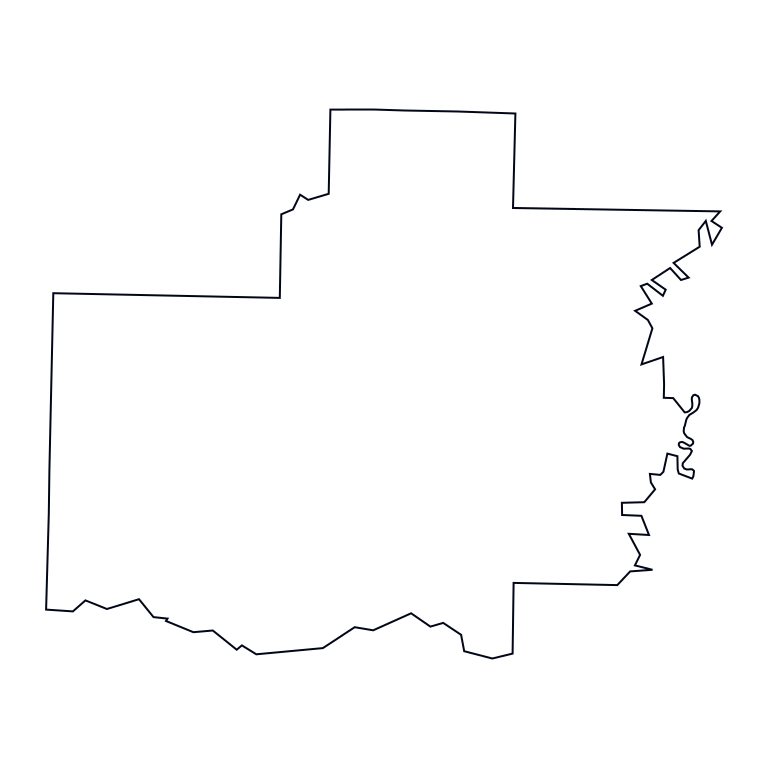 the district of White, Arkansas, United States of America
{"feature_id": "52423323B98282084999585", "entity_name": "White", "entity_type": "district", "adm_level": 2, "iso_a3": "USA", "parent_name": "United States of America", "parent_adm1": "Arkansas", "projection": "mercator", "projection_center": [-91.529, 35.277], "detail": "fine", "context": "isolated", "style": "outline", "palette": "ink", "viewbox_px": 768, "rotation_deg": 0, "n_neighbors": 0, "source": "geoboundaries", "source_scale": "gbopen_adm2", "svg_char_len": 1752}
<svg xmlns="http://www.w3.org/2000/svg" viewBox="0 0 768 768"><path d="M46.1,609.6L72.9,611.4L85.4,600.4L106.9,609.0L139.0,599.2L153.5,617.1L167.5,618.6L166.0,621.0L193.4,632.2L212.8,630.5L236.7,649.7L241.9,645.4L256.3,654.3L322.9,648.1L354.7,627.2L373.2,630.3L411.1,613.3L430.4,626.6L443.2,622.9L461.1,634.8L464.2,651.2L492.3,658.5L512.6,653.6L513.6,582.9L617.3,585.1L630.2,571.4L652.5,569.8L634.9,565.4L640.1,554.9L628.8,533.8L649.0,535.0L641.4,515.8L622.1,515.0L621.9,502.8L644.3,502.2L655.1,489.3L650.9,482.5L649.9,473.9L660.3,474.9L663.4,471.8L667.4,453.6L677.4,456.2L677.7,469.6L678.8,473.5L692.2,478.6L693.4,476.2L694.0,471.3L693.8,470.6L691.9,469.2L686.9,469.5L684.2,468.5L682.5,465.7L682.8,463.2L690.1,454.7L691.9,451.0L690.4,449.0L689.0,448.5L683.7,448.7L680.0,447.1L678.8,445.0L678.9,443.3L680.0,442.3L682.2,441.9L684.4,442.9L689.4,445.8L690.7,445.7L693.1,443.5L693.2,441.7L692.4,440.0L690.8,438.9L687.1,437.1L684.3,433.5L683.7,431.4L684.0,427.6L684.9,425.6L686.3,419.7L687.2,417.8L689.4,414.9L693.1,412.7L696.5,410.1L698.1,407.7L699.4,403.2L699.4,399.9L699.0,397.9L697.9,396.1L695.0,394.7L693.4,395.2L691.9,397.4L691.8,399.5L692.3,403.3L692.3,406.1L691.8,408.1L689.2,411.0L687.0,412.1L684.7,412.4L673.2,398.1L663.8,397.8L664.1,384.3L663.1,357.0L641.5,364.4L652.4,328.3L647.9,320.0L635.1,310.8L651.8,303.6L640.8,286.1L647.2,283.7L662.9,295.8L665.7,289.7L651.8,280.0L670.1,268.0L681.0,280.0L688.6,277.6L673.6,262.9L699.7,246.7L698.6,230.2L705.8,220.9L712.0,244.7L721.9,227.8L711.5,221.0L720.2,211.4L513.0,208.0L515.4,113.5L457.8,111.5L404.8,110.5L373.0,109.5L330.4,109.6L328.7,193.8L308.2,199.9L300.1,194.7L293.0,209.4L281.3,214.3L279.8,297.9L53.3,293.2L49.4,470.2L48.8,513.5L46.1,609.6Z" fill="none" stroke="#020617" stroke-width="2"/></svg>